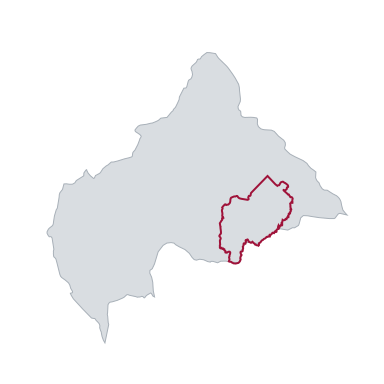 Mbomou on a map of Central African Republic (Equal Earth projection), rotated 351°
{"feature_id": "CAF-868", "entity_name": "Mbomou", "entity_type": "Prefecture", "adm_level": 1, "iso_a3": "CAF", "parent_name": "Central African Republic", "parent_adm1": "", "projection": "equal_earth", "projection_center": [23.723, 5.441], "detail": "fine", "context": "in_parent", "style": "outline", "palette": "rose", "viewbox_px": 384, "rotation_deg": 351, "n_neighbors": 0, "source": "natural_earth", "source_scale": "10m", "svg_char_len": 9397}
<svg xmlns="http://www.w3.org/2000/svg" viewBox="0 0 384 384"><g transform="rotate(351 192 192)"><path d="M264.2,127.9L267.5,129.0L268.1,130.4L267.2,135.0L267.8,137.8L269.8,140.3L271.7,141.3L273.5,141.9L280.0,143.3L282.7,145.0L286.2,150.4L290.7,155.2L291.8,157.8L291.6,160.2L290.3,163.0L290.5,164.2L292.5,167.0L294.9,170.0L299.1,173.2L306.6,178.3L310.0,181.7L311.2,184.3L313.1,187.1L315.7,189.6L317.5,191.6L316.3,197.2L316.7,199.0L317.3,200.6L318.9,202.8L319.5,205.7L321.1,209.2L322.9,210.8L325.9,211.4L327.6,213.0L330.9,215.9L334.2,218.3L335.6,220.0L336.5,221.4L337.2,223.2L337.6,224.9L337.7,228.7L338.2,233.4L340.0,236.6L341.6,239.0L335.0,236.3L334.0,236.2L332.8,236.7L329.3,240.1L328.2,240.5L323.8,239.8L313.2,237.1L305.1,234.5L302.6,233.6L298.3,232.7L295.4,234.5L292.7,240.5L291.9,241.7L287.7,243.4L285.7,243.0L280.7,244.6L273.2,242.1L270.5,242.6L268.3,243.9L262.9,246.6L259.6,248.1L255.7,249.6L252.1,251.7L249.6,252.9L247.2,252.9L245.0,251.7L242.7,250.6L239.8,250.4L236.9,251.0L234.3,253.4L233.3,255.1L231.1,259.7L228.6,267.1L227.6,268.6L226.6,269.3L214.8,265.6L209.7,264.8L206.2,265.9L201.9,263.8L200.0,263.5L199.1,264.1L196.7,263.2L192.8,260.7L189.0,259.6L185.7,260.0L183.6,259.1L181.9,256.7L179.8,252.2L176.0,247.7L170.8,244.1L167.6,241.5L166.3,239.7L163.5,238.7L159.2,238.5L155.1,240.2L149.2,245.8L143.7,257.2L140.7,261.6L138.2,262.8L137.6,265.5L138.8,269.9L139.1,275.0L138.3,283.5L138.6,289.8L137.2,288.8L136.0,285.9L135.4,285.3L131.8,286.6L129.9,287.8L128.9,288.9L128.2,289.1L127.0,287.5L126.1,287.2L124.7,287.5L123.3,287.5L122.3,287.3L121.7,287.4L120.0,286.5L113.8,284.1L112.7,283.3L111.5,283.3L108.3,285.4L106.5,286.0L101.4,287.3L95.9,288.0L93.8,288.0L92.4,288.9L91.4,290.2L89.7,298.2L89.2,299.5L89.3,301.5L88.8,307.9L89.0,309.9L82.4,327.4L81.3,324.5L80.6,321.0L80.4,317.1L80.5,316.1L80.1,314.9L79.6,311.7L80.1,309.7L79.7,307.5L78.4,305.4L77.2,303.8L76.6,302.3L76.0,301.7L74.7,301.4L73.0,300.7L65.7,290.4L58.1,278.9L56.6,275.2L56.0,273.0L57.9,272.8L58.3,272.4L58.4,271.4L57.2,268.4L56.7,264.7L55.8,262.4L52.8,258.9L50.0,256.2L49.1,254.8L48.6,252.8L47.5,240.4L47.1,236.9L46.2,235.3L45.5,234.6L45.3,233.7L45.4,231.5L45.8,229.5L45.8,228.8L46.6,227.0L46.6,215.5L45.7,214.0L44.0,213.9L43.1,212.3L42.4,210.1L42.6,208.7L44.3,206.3L45.4,205.4L48.6,203.6L49.5,202.7L50.1,201.5L50.5,200.0L52.4,194.1L55.2,188.2L56.4,187.0L59.3,178.3L60.0,176.1L60.5,173.9L61.4,172.1L64.5,169.2L66.8,164.0L69.4,164.3L71.9,165.1L75.2,165.6L77.8,164.6L79.5,162.6L87.6,159.1L88.2,156.3L89.5,154.9L90.9,153.6L91.4,153.5L91.5,154.4L92.4,157.2L94.2,160.1L96.9,163.2L97.7,163.0L99.3,160.6L103.5,159.2L104.6,158.5L107.6,155.1L111.2,152.9L113.3,152.1L116.9,149.8L119.4,150.1L123.6,149.7L130.5,148.7L135.4,148.3L137.9,147.9L138.6,147.4L139.6,144.1L140.3,143.2L142.2,141.7L145.9,136.7L148.3,132.5L149.0,131.0L149.5,130.7L150.6,129.0L149.5,127.1L145.5,123.4L145.5,122.9L145.3,122.2L145.5,121.7L147.1,120.2L149.2,118.5L151.5,117.8L157.3,118.0L162.3,117.6L163.5,117.7L167.4,116.8L170.0,116.0L172.8,114.2L179.0,114.4L184.2,109.8L185.6,109.0L186.3,108.3L186.5,107.6L188.9,105.8L191.6,102.0L193.8,98.6L194.4,96.2L200.2,88.2L202.3,88.3L203.3,87.3L205.6,82.0L206.3,81.0L208.7,80.0L209.9,78.4L210.9,76.1L210.9,73.1L210.4,70.8L210.4,69.6L211.0,68.6L211.9,67.5L216.4,64.6L217.5,63.2L218.2,62.0L219.4,61.7L220.8,61.9L221.6,61.1L222.6,59.8L225.7,58.0L228.5,56.6L231.5,57.2L236.9,59.0L238.5,62.8L239.3,64.2L246.0,73.2L247.3,75.4L250.6,82.0L252.6,86.5L254.9,92.9L255.1,96.3L254.8,99.3L254.4,107.8L253.8,110.2L250.8,114.8L250.7,116.8L251.3,118.5L252.2,119.2L252.7,120.1L252.4,124.0L253.5,125.6L255.7,126.6L261.3,127.3L264.2,127.9Z" fill="#d9dde1" stroke="#a8b0b8" stroke-width="1"/><path d="M273.0,240.3L272.7,240.2L272.6,239.9L272.3,239.0L272.2,238.6L271.9,239.1L271.6,239.8L271.4,240.5L271.7,240.8L272.2,240.9L272.3,241.3L272.0,241.7L271.6,242.0L269.9,242.3L269.6,242.7L269.4,243.5L269.3,243.9L269.3,244.4L269.1,244.6L268.9,244.6L268.8,243.9L268.4,243.6L267.9,243.8L267.5,244.2L266.8,245.3L266.6,245.5L266.3,245.4L265.8,244.9L265.6,244.8L265.1,244.9L264.7,245.2L264.2,245.9L263.0,246.6L262.6,247.0L262.2,246.5L262.1,246.4L261.9,246.5L261.8,247.0L261.8,247.4L261.9,247.7L261.9,248.1L261.3,248.1L260.3,247.8L260.2,247.9L259.9,248.1L259.7,248.2L258.8,248.0L258.4,248.2L257.5,249.0L257.0,249.3L256.0,249.5L255.5,249.7L254.6,250.4L253.6,250.7L253.1,251.0L251.7,252.5L251.3,252.7L250.7,252.8L250.3,253.0L250.1,253.4L249.9,254.0L249.9,254.8L249.7,255.1L249.1,255.1L249.0,255.3L248.6,255.0L248.2,254.8L247.7,254.7L247.3,254.6L246.9,254.1L246.1,253.8L245.8,252.9L244.8,252.1L244.2,251.0L243.9,250.6L242.8,251.3L242.3,251.4L241.8,251.1L241.3,250.6L241.0,250.4L240.7,250.4L240.4,250.2L240.2,249.8L240.2,249.3L239.9,248.7L239.7,247.8L239.5,247.6L239.2,247.5L238.4,248.0L238.0,248.0L237.8,247.9L237.6,247.9L237.4,248.2L237.3,248.6L237.3,249.0L237.4,249.4L237.6,249.7L237.4,250.0L236.9,250.6L236.6,251.4L236.2,251.3L235.4,250.8L235.0,251.0L234.8,251.4L234.6,252.5L234.4,253.0L234.2,253.4L233.9,253.7L233.6,254.0L233.6,254.3L233.8,255.3L233.4,256.4L233.1,256.7L233.0,256.9L233.0,257.6L232.9,257.9L232.8,258.2L232.5,258.5L232.0,258.5L231.0,258.5L230.6,258.8L230.4,259.6L230.5,260.4L230.6,261.0L231.0,261.7L231.1,261.9L231.0,262.2L230.7,262.6L230.5,262.8L230.2,262.9L230.0,263.2L229.3,264.9L229.4,265.2L229.5,265.9L229.5,266.2L229.4,266.5L228.9,267.1L228.7,267.6L228.3,268.1L227.4,268.9L226.6,269.3L223.9,269.5L221.7,268.9L221.2,268.4L220.6,268.1L220.4,267.9L219.8,267.2L219.4,267.0L218.2,266.7L217.7,266.4L217.8,266.3L217.8,265.8L217.9,265.5L218.3,264.9L218.4,264.5L218.5,264.2L218.4,262.6L218.4,262.2L218.5,262.0L219.0,261.3L219.0,261.1L219.1,260.5L219.4,259.9L220.0,258.9L220.3,257.6L219.9,256.9L219.2,256.7L218.3,256.8L216.9,257.4L216.4,257.2L215.8,257.1L215.6,257.0L215.5,256.7L215.8,256.2L215.9,255.9L215.6,255.4L214.9,254.7L214.8,254.1L215.0,253.7L214.8,253.5L214.7,253.6L214.5,253.8L214.2,253.4L214.0,252.9L213.6,253.1L213.4,253.1L212.9,252.7L212.8,252.2L212.7,252.0L212.3,252.3L212.2,252.2L212.1,251.8L211.9,251.8L211.7,252.1L211.3,252.1L211.0,251.8L210.8,251.3L210.9,251.1L211.1,250.7L211.0,250.2L211.2,248.9L211.6,248.4L211.6,247.9L211.9,244.6L212.0,244.2L212.9,242.8L213.1,242.3L213.0,241.6L212.8,241.1L212.2,240.2L212.1,239.7L212.3,239.4L213.0,238.4L213.7,237.9L214.0,237.6L214.2,237.0L214.4,235.3L214.5,231.9L214.5,231.6L214.7,231.1L214.8,230.8L214.8,230.6L214.7,230.5L214.6,230.3L214.6,229.2L214.6,227.2L215.9,225.8L216.3,225.2L216.5,225.0L216.9,224.8L217.3,224.4L217.7,223.8L217.9,223.2L217.5,223.3L217.6,222.6L218.0,222.5L218.5,222.6L218.9,222.5L218.7,221.4L218.2,220.6L218.1,220.4L218.2,219.8L218.6,218.6L218.7,217.5L218.6,215.3L218.8,214.4L219.6,213.2L219.6,212.5L219.5,212.2L219.4,212.0L219.6,211.8L219.8,211.6L220.2,211.2L222.4,209.5L222.7,209.4L223.0,209.4L223.2,209.5L223.4,210.0L223.6,210.1L223.8,210.2L224.7,210.0L224.9,210.0L225.5,210.1L225.8,210.1L226.2,209.9L227.5,208.9L227.8,208.5L228.3,207.4L228.7,205.7L229.1,204.6L229.4,204.1L229.9,203.7L232.8,203.0L233.2,203.0L233.9,203.2L234.3,203.2L235.3,202.9L235.6,202.9L235.9,203.0L236.1,203.1L236.3,203.4L236.7,204.3L237.1,204.9L237.8,205.6L239.6,206.4L245.6,208.4L246.2,208.3L246.7,208.1L246.8,207.9L246.8,207.1L246.8,206.7L246.7,206.1L246.8,205.9L247.1,205.4L247.4,204.9L247.5,204.8L247.7,204.7L248.1,204.9L248.4,204.9L248.8,204.9L249.1,204.7L249.4,204.3L249.5,204.1L249.7,203.2L250.1,202.3L250.4,202.0L269.1,188.0L275.6,197.5L277.2,199.2L277.4,199.0L277.7,198.9L278.1,198.9L278.7,199.0L279.1,198.9L279.5,198.5L280.9,196.7L281.4,196.3L281.8,196.2L283.1,196.0L283.5,196.1L283.8,196.3L284.4,197.0L284.8,197.4L285.4,197.7L286.2,198.5L287.3,199.7L287.5,200.1L287.8,200.5L287.8,200.9L287.8,201.5L287.8,201.9L287.6,202.1L287.3,202.3L286.9,202.3L286.6,202.3L286.4,202.5L286.3,203.0L286.1,203.8L285.2,204.4L284.7,204.8L284.4,204.9L284.0,204.8L283.6,204.7L282.8,204.3L282.7,204.4L282.7,204.6L283.0,205.1L285.9,208.6L286.3,209.4L286.5,209.5L286.9,209.5L287.1,209.5L287.3,209.7L287.3,209.9L287.4,210.3L287.5,210.6L287.9,211.2L288.2,211.9L288.2,212.2L288.4,212.5L288.6,212.6L289.1,212.5L289.4,212.6L289.8,212.8L290.2,213.6L290.4,214.1L290.3,214.6L289.9,215.4L289.7,216.2L289.7,216.8L289.7,217.3L289.5,218.4L289.4,218.4L289.0,217.5L288.8,217.4L288.7,217.4L288.6,217.5L288.4,218.0L288.0,218.3L287.6,218.4L287.2,218.7L287.1,218.9L287.2,219.3L287.2,219.6L287.1,220.2L287.1,221.0L286.9,221.5L287.0,222.4L287.0,222.6L286.8,222.9L286.8,223.1L286.8,223.4L286.9,223.7L287.1,224.0L286.7,224.4L286.6,224.6L287.1,224.8L287.2,225.0L286.8,225.3L286.7,225.5L286.6,226.3L286.4,226.7L286.1,226.9L285.9,227.3L285.5,227.4L285.3,227.5L285.2,227.7L285.3,227.9L285.5,228.3L285.5,228.5L285.4,228.6L285.0,228.7L284.7,229.0L284.3,228.8L284.2,228.8L284.2,229.2L284.1,229.5L283.8,229.7L283.7,229.8L283.6,230.4L283.4,230.2L283.3,230.3L283.4,231.1L283.2,232.0L282.8,232.0L282.5,231.7L282.4,231.6L282.2,231.8L281.9,232.5L281.7,232.6L281.3,232.8L281.2,233.3L281.1,233.5L280.6,233.2L280.4,233.2L280.0,233.4L279.9,233.5L279.7,234.0L279.4,234.2L279.2,234.3L278.4,234.2L277.9,234.2L277.4,234.3L277.1,233.9L276.9,234.5L276.7,234.8L276.6,235.4L276.3,235.9L276.3,236.8L276.2,236.9L276.0,236.6L275.8,236.4L275.7,236.4L275.6,236.5L275.5,236.8L275.5,237.0L275.6,237.4L275.4,237.7L275.5,238.0L275.8,238.2L276.0,238.4L276.0,238.6L275.9,238.7L275.7,239.0L275.3,239.0L274.9,238.6L274.6,238.6L274.5,238.9L274.2,239.2L273.7,239.1L273.2,239.3L273.1,239.7L273.1,240.1L273.0,240.3Z" fill="none" stroke="#9f1239" stroke-width="2"/></g></svg>